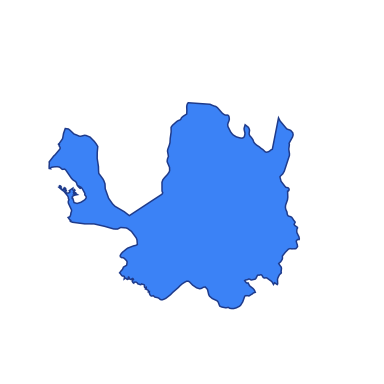 an SVG outline of Antioquia, rotated 325°
{"feature_id": "COL-1314", "entity_name": "Antioquia", "entity_type": "Department", "adm_level": 1, "iso_a3": "COL", "parent_name": "Colombia", "parent_adm1": "", "projection": "orthographic", "projection_center": [-75.909, 7.152], "detail": "fine", "context": "isolated", "style": "filled", "palette": "blue", "viewbox_px": 384, "rotation_deg": 325, "n_neighbors": 0, "source": "natural_earth", "source_scale": "10m", "svg_char_len": 5970}
<svg xmlns="http://www.w3.org/2000/svg" viewBox="0 0 384 384"><g transform="rotate(325 192 192)"><path d="M85.7,111.8L86.3,112.0L86.8,111.0L87.4,111.0L87.8,111.8L87.8,113.0L87.3,113.0L86.8,112.5L86.8,114.3L87.3,115.6L88.2,116.1L89.3,115.5L89.3,117.0L90.3,115.9L90.5,116.7L89.9,117.9L89.8,119.0L88.3,118.5L88.7,121.0L90.5,122.1L92.1,121.9L92.2,120.5L96.7,120.5L95.8,121.8L95.6,122.6L95.6,123.5L96.2,123.5L97.1,122.9L97.1,123.5L94.6,124.4L94.6,124.9L95.7,125.2L96.3,125.9L96.2,126.4L95.4,125.9L94.2,125.9L94.8,126.5L96.2,127.5L96.6,128.4L94.8,127.6L92.9,127.0L91.2,127.2L90.2,128.4L90.2,128.7L90.7,128.9L89.3,133.0L91.3,135.5L95.1,136.7L99.6,136.9L101.3,136.4L102.0,136.0L102.5,135.4L102.7,134.7L102.5,133.2L102.7,132.6L103.4,131.8L103.5,131.2L104.0,126.7L103.9,124.7L103.0,122.9L102.7,123.9L103.0,124.9L102.5,124.9L102.2,123.8L101.9,122.1L101.9,120.4L102.7,118.0L102.5,116.4L101.5,114.0L101.1,111.7L101.2,101.5L100.8,100.2L98.9,99.2L98.4,98.2L98.2,96.9L97.7,95.6L96.3,94.1L94.0,92.6L91.4,91.3L89.3,91.1L89.3,91.6L88.5,90.8L89.7,89.0L91.4,86.9L92.3,85.4L99.4,83.2L101.2,83.0L108.2,81.1L109.1,80.6L109.5,79.9L109.6,78.3L109.9,77.6L110.5,77.2L110.5,76.8L110.0,76.8L110.0,76.2L111.4,76.0L116.3,74.2L117.2,73.5L120.4,70.3L124.6,67.3L126.9,69.5L127.4,71.0L128.6,76.8L130.3,79.3L131.6,81.5L132.7,82.5L136.5,83.9L137.7,85.0L140.0,88.6L141.0,94.5L141.1,97.6L140.9,100.7L137.1,105.2L133.6,110.1L129.9,117.6L127.7,120.9L126.3,123.3L126.5,130.0L126.3,132.0L125.4,135.4L122.8,139.5L120.1,149.3L120.1,156.2L120.7,159.5L125.2,169.3L127.1,175.4L154.2,176.2L165.9,176.6L166.7,176.4L167.6,175.8L168.0,174.0L173.0,166.8L175.1,165.3L177.7,164.5L181.9,163.6L184.6,162.6L185.9,161.7L187.7,159.0L189.0,153.0L190.0,151.7L191.2,150.6L193.1,149.4L195.4,144.4L196.6,143.2L200.3,140.6L202.3,138.9L205.0,135.5L209.4,130.8L211.9,127.1L212.9,126.6L214.7,126.1L220.1,125.5L221.7,125.6L223.0,126.0L223.9,126.1L224.9,125.8L225.9,125.2L227.1,125.0L228.5,124.9L232.4,125.1L234.6,122.2L236.5,119.2L237.7,117.9L238.9,117.1L240.1,116.7L257.1,130.5L258.4,132.7L259.7,134.6L260.5,135.5L261.2,137.5L262.0,144.8L262.7,146.9L263.6,148.3L265.3,149.4L265.7,150.3L265.5,151.6L264.4,153.7L263.1,154.9L261.5,155.9L260.0,157.1L259.0,158.9L258.1,164.9L258.2,167.2L258.5,169.0L259.9,172.2L262.3,175.2L263.8,176.6L265.2,176.9L266.6,176.7L268.3,175.2L269.2,174.1L270.4,171.0L271.2,169.7L274.1,167.4L275.3,171.4L275.0,173.2L274.6,174.4L272.3,176.9L271.8,177.9L271.6,179.5L271.9,181.2L271.9,184.1L271.2,186.6L271.3,188.4L271.8,190.6L273.0,193.5L273.6,195.8L274.4,197.9L275.0,201.0L275.7,202.1L277.5,202.8L278.8,203.0L280.9,202.8L282.3,203.1L305.4,180.9L304.9,184.3L305.7,193.6L306.0,195.1L307.6,197.2L308.2,198.3L308.5,201.3L307.6,203.2L305.9,204.6L300.0,207.5L299.3,208.0L298.9,209.1L295.9,212.3L293.7,216.7L292.7,218.0L279.5,227.9L276.7,229.2L273.9,229.6L272.7,230.0L271.1,234.3L271.4,240.9L271.5,241.9L272.7,243.2L273.2,243.9L273.3,244.7L273.0,245.6L272.4,246.2L271.6,246.5L270.8,246.1L267.5,251.2L265.7,253.2L261.2,256.4L259.8,258.0L258.9,259.8L258.3,262.9L257.4,264.6L257.1,265.6L257.1,266.7L257.5,267.4L258.5,268.6L259.1,269.7L259.2,270.8L259.1,273.8L259.3,275.3L259.1,276.0L257.1,277.0L257.0,278.4L258.1,281.4L257.8,282.0L256.9,282.4L256.0,283.3L255.1,284.5L254.6,285.5L253.9,290.1L253.0,292.0L252.4,292.4L251.3,291.5L250.0,291.7L249.2,292.0L248.4,294.0L248.0,295.6L247.1,297.3L244.7,298.0L244.0,297.7L241.0,295.7L239.7,294.5L238.2,294.1L233.9,294.9L229.3,296.3L228.0,298.3L227.1,299.0L224.7,300.0L222.0,300.3L221.9,302.2L222.0,304.8L221.4,306.0L219.0,308.7L218.9,309.3L218.3,309.7L216.5,309.8L215.6,310.2L213.1,311.6L211.9,312.6L209.5,316.4L208.7,316.7L207.6,313.7L205.7,314.5L206.0,311.9L205.8,310.6L204.1,305.6L203.6,304.8L202.1,304.1L201.4,303.2L201.3,302.5L201.5,300.4L201.3,299.7L200.9,299.2L199.8,298.9L198.6,298.1L197.9,297.8L194.7,299.5L193.5,299.6L193.0,299.3L190.3,298.2L189.7,297.6L189.3,296.5L188.5,295.8L187.5,295.7L185.2,294.8L184.3,294.8L184.4,297.3L184.8,298.2L185.8,298.6L185.5,300.8L185.4,301.9L186.6,305.9L186.8,307.4L186.7,308.8L186.3,310.5L184.4,309.9L182.7,310.1L181.2,309.9L179.7,309.9L179.0,309.8L178.2,308.9L176.3,307.6L175.3,307.7L170.5,311.1L166.7,312.7L165.1,312.8L161.8,312.3L159.3,311.4L157.7,310.3L156.3,309.0L155.5,307.3L153.3,306.3L150.5,303.4L150.1,302.8L149.3,301.5L149.5,300.3L150.3,297.2L150.1,295.4L147.5,290.9L146.6,287.4L146.8,285.7L148.8,280.7L148.4,277.4L146.5,276.5L144.6,276.4L142.8,275.7L140.8,273.1L139.1,268.6L138.4,264.2L137.8,263.0L136.4,262.0L133.9,261.7L131.2,261.6L128.4,261.9L126.0,262.4L118.5,263.2L115.4,263.8L109.6,264.1L107.8,263.8L105.9,263.3L104.9,262.6L104.3,261.7L104.0,260.2L103.3,258.9L101.3,256.8L100.8,254.7L99.4,254.2L98.9,253.7L98.6,252.6L98.8,251.1L99.3,249.9L99.9,249.2L98.9,248.8L99.7,247.7L99.5,246.8L98.3,244.8L99.4,244.6L99.9,243.8L98.7,243.5L98.5,242.8L98.9,241.9L99.6,241.1L99.6,240.5L97.9,238.3L96.9,238.6L96.3,238.0L95.7,237.1L95.0,236.3L95.0,235.1L94.7,234.1L94.0,233.3L92.9,232.8L92.0,233.3L91.7,232.4L91.8,230.9L92.5,229.8L92.9,229.9L93.4,230.2L93.8,230.2L94.0,229.1L93.7,228.7L92.0,228.6L91.5,228.4L91.0,227.5L91.1,226.9L91.5,225.6L91.2,225.2L90.5,225.7L89.9,226.4L90.0,226.8L89.2,226.7L88.8,226.5L88.3,224.6L87.8,224.4L86.5,224.4L87.9,222.9L88.1,222.4L87.8,221.7L86.8,220.9L86.5,220.1L86.5,217.4L86.3,216.7L89.5,215.7L90.5,215.6L92.8,214.2L96.2,214.5L96.8,214.3L97.1,213.8L98.0,212.9L98.7,212.1L99.0,211.0L98.6,208.3L98.3,207.1L97.9,206.3L96.8,205.5L96.2,204.0L96.6,203.0L97.6,202.4L99.0,201.8L101.1,201.4L105.7,201.1L107.2,201.1L113.2,202.6L115.4,203.5L117.1,203.7L119.5,199.6L120.0,197.6L119.8,189.5L118.3,185.0L117.4,183.6L113.4,180.3L112.4,180.0L109.9,179.7L108.0,178.4L106.6,177.3L100.8,170.1L93.4,161.9L85.9,156.6L76.7,148.2L75.5,146.3L76.0,145.8L76.4,145.7L76.2,145.0L76.0,144.7L75.9,144.8L75.9,141.8L77.8,142.2L79.5,141.1L80.9,139.6L82.1,138.8L83.0,137.7L84.3,130.4L84.8,129.3L85.4,128.6L86.8,127.7L87.0,126.4L87.5,125.7L87.9,124.1L87.5,118.1L86.6,115.5L85.7,111.8Z" fill="#3b82f6" stroke="#1e3a8a" stroke-width="1.5"/></g></svg>